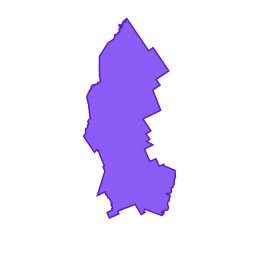 the district of Avellaneda, Santiago del Estero, Argentina, rotated 236°
{"feature_id": "61730980B47702997871145", "entity_name": "Avellaneda", "entity_type": "district", "adm_level": 2, "iso_a3": "ARG", "parent_name": "Argentina", "parent_adm1": "Santiago del Estero", "projection": "robinson", "projection_center": [-63.079, -28.545], "detail": "fine", "context": "isolated", "style": "filled", "palette": "violet", "viewbox_px": 256, "rotation_deg": 236, "n_neighbors": 0, "source": "geoboundaries", "source_scale": "gbopen_adm2", "svg_char_len": 5393}
<svg xmlns="http://www.w3.org/2000/svg" viewBox="0 0 256 256"><g transform="rotate(236 128 128)"><path d="M145.8,86.6L126.6,86.6L127.5,89.8L126.2,89.8L126.2,90.8L109.6,87.1L109.7,85.6L105.1,84.7L89.2,64.8L88.0,73.0L84.7,72.4L84.6,73.0L80.8,72.4L80.6,73.2L77.2,72.8L74.1,72.5L74.3,71.3L70.0,70.5L70.2,69.3L68.8,69.0L69.6,63.4L63.8,62.3L61.9,72.3L64.7,72.8L63.0,82.1L62.7,82.2L60.8,91.2L48.8,90.6L48.6,95.0L49.8,94.3L51.4,96.5L36.5,107.2L36.6,107.4L36.6,107.8L36.8,108.1L36.8,108.3L37.0,108.7L37.0,109.3L37.2,110.0L37.6,110.2L37.9,110.1L38.4,109.7L38.6,109.6L38.6,109.2L38.7,108.9L38.6,108.7L39.3,108.8L39.6,109.2L39.6,109.5L39.6,109.9L39.5,110.3L39.3,110.5L39.0,110.6L38.5,110.6L38.2,110.7L38.2,110.9L38.5,111.1L38.8,111.1L39.1,111.2L39.2,111.7L39.1,112.3L38.6,113.4L38.5,113.9L38.2,114.3L38.2,114.7L38.0,115.2L38.0,115.5L39.0,116.3L39.5,116.9L39.6,117.2L39.8,117.3L40.0,117.4L40.8,117.6L41.8,117.8L42.6,118.1L43.3,118.6L43.6,118.9L44.6,120.2L44.8,120.7L44.8,121.0L44.9,121.8L45.4,122.1L46.6,122.6L46.9,123.0L47.0,123.6L47.4,123.9L47.9,124.9L48.1,125.0L48.5,125.0L49.3,124.6L49.7,124.2L50.8,123.6L51.8,122.9L52.1,123.0L52.0,123.8L51.7,124.2L51.2,124.7L50.5,125.1L50.3,125.5L50.4,125.9L50.4,126.4L50.5,126.8L50.5,128.1L50.8,128.4L50.9,128.6L52.0,128.9L52.6,129.1L52.9,129.3L53.5,129.8L53.9,130.5L53.8,131.0L53.8,131.5L54.1,132.4L54.5,132.8L54.8,132.9L55.1,133.3L55.2,133.5L55.2,133.8L55.5,134.5L55.8,135.0L56.0,135.1L56.7,135.6L57.5,136.1L57.9,136.5L58.3,137.0L58.8,137.5L59.7,138.3L60.4,139.0L60.7,139.7L60.9,140.0L62.0,140.5L62.5,140.8L63.1,141.2L63.8,141.9L64.8,142.0L65.5,142.5L66.0,143.0L66.4,143.3L76.7,136.6L77.8,137.4L79.0,132.5L86.8,133.9L88.1,127.4L101.5,129.9L100.1,139.2L106.4,135.9L106.4,139.7L112.9,139.7L112.9,145.4L126.9,145.4L126.9,147.4L124.4,165.0L145.6,169.7L145.6,178.5L152.6,178.5L152.5,193.7L180.5,193.7L180.5,188.3L219.3,188.2L219.4,187.9L219.5,187.6L219.4,187.4L219.2,187.2L219.4,186.9L219.3,186.7L218.7,186.4L218.7,186.2L218.8,186.1L219.2,186.0L219.3,185.5L219.2,185.2L218.8,185.4L218.8,185.6L218.7,185.7L218.2,185.5L217.9,185.4L217.6,185.2L217.4,185.2L217.6,184.7L217.8,184.6L218.1,184.7L218.3,184.9L218.4,185.1L218.6,185.2L218.7,184.8L218.8,184.6L218.6,184.3L218.7,183.8L218.7,183.5L218.4,183.5L218.3,183.4L218.5,183.0L218.4,182.5L218.3,182.3L217.6,181.8L217.4,181.8L217.1,181.7L217.2,181.4L217.3,181.2L217.2,181.0L216.7,181.1L216.4,181.0L216.2,180.9L216.2,180.7L215.9,180.5L215.8,180.1L216.0,179.8L216.0,179.7L216.4,179.5L216.7,179.6L217.4,179.6L217.6,179.6L217.6,179.4L217.7,179.2L217.8,178.9L218.2,178.6L218.7,178.4L218.6,178.2L218.2,178.1L217.9,178.0L217.7,178.2L217.3,177.9L217.3,178.2L217.4,178.4L217.4,178.7L217.2,178.9L216.7,178.9L215.7,179.2L214.8,179.3L214.6,179.1L215.1,178.9L215.5,178.7L216.2,178.5L216.4,178.3L216.4,178.1L215.9,178.0L215.4,178.0L215.2,177.8L215.0,177.6L214.6,177.3L214.5,177.1L215.1,176.8L215.2,176.7L215.2,176.4L215.1,176.2L214.9,176.1L214.5,176.0L214.4,175.9L213.9,175.8L213.9,175.7L214.1,175.5L214.1,175.2L213.3,175.1L212.7,175.0L212.4,175.1L212.2,174.8L212.6,174.4L212.5,174.2L212.3,174.2L212.2,173.8L212.3,173.6L212.2,173.2L212.3,173.1L212.5,172.8L212.5,172.5L212.2,172.2L212.3,172.0L212.2,171.7L212.0,171.3L212.0,171.0L212.0,170.7L212.3,170.3L212.4,170.2L212.5,170.1L212.5,169.9L212.3,169.5L212.3,169.4L212.5,169.0L212.5,168.9L211.9,168.8L211.9,168.6L211.8,168.4L210.9,168.0L210.6,167.7L210.6,167.4L210.4,167.0L210.2,166.8L209.9,166.5L209.8,166.0L209.8,165.7L209.7,165.3L209.7,159.1L203.4,144.5L193.1,137.4L190.6,135.8L189.2,135.0L188.8,134.7L188.1,134.1L187.9,134.1L187.7,133.8L187.5,133.7L186.5,133.2L186.0,133.1L185.0,132.6L184.7,132.6L184.4,132.4L184.3,132.2L184.1,132.1L183.8,132.2L183.2,132.2L182.8,131.8L182.7,131.8L182.6,131.7L182.1,131.3L181.8,130.9L181.7,130.8L181.7,130.4L182.2,130.0L182.2,129.9L182.3,129.1L182.4,128.9L182.3,128.7L182.5,128.1L182.4,128.0L182.1,127.8L181.8,127.5L181.8,127.2L181.9,126.9L181.8,126.7L181.9,126.2L182.0,126.1L182.1,125.8L182.4,125.3L182.5,125.1L182.6,124.9L182.4,124.6L182.6,124.4L182.3,123.9L182.7,123.9L182.9,123.8L183.0,123.4L183.2,123.1L183.4,122.9L183.3,122.6L183.4,122.4L183.3,122.2L183.1,122.1L183.1,121.9L183.0,121.6L183.0,121.2L183.1,120.8L182.8,120.6L182.6,120.5L182.5,120.4L182.4,120.4L182.1,120.4L182.0,120.5L181.9,120.5L181.7,120.3L181.4,120.4L181.3,119.9L181.4,119.6L181.1,119.5L181.1,119.1L181.0,118.9L181.1,118.4L180.9,118.2L180.7,117.7L180.5,117.2L180.0,116.8L179.7,116.2L179.9,116.1L179.6,115.9L179.4,115.5L179.0,115.0L178.9,114.2L178.7,113.9L178.3,113.5L177.8,112.9L177.5,112.4L177.5,112.1L177.4,111.9L176.9,111.7L176.8,111.4L176.5,111.2L176.3,110.9L173.6,109.9L173.1,109.7L171.3,109.1L170.5,108.7L169.8,108.6L169.4,108.5L168.9,108.2L167.5,107.4L166.8,107.0L166.2,106.8L165.2,106.1L164.7,106.0L164.2,105.7L163.7,105.5L163.3,105.2L162.7,104.9L162.4,104.7L160.9,104.0L160.2,103.6L160.0,103.4L159.6,103.3L159.5,103.2L158.9,103.0L158.7,102.8L158.5,102.7L156.9,101.9L156.8,101.1L156.6,100.7L156.7,100.3L156.5,100.1L156.5,99.4L156.2,99.3L156.1,99.0L155.8,98.4L155.7,98.2L154.5,98.1L154.0,98.1L153.6,98.0L153.3,97.7L153.1,97.2L153.3,96.9L153.3,96.6L153.2,96.4L151.4,95.2L151.1,94.9L151.0,94.5L150.9,94.4L150.9,94.0L151.0,93.7L151.1,93.2L151.1,92.9L150.7,92.3L150.5,92.0L149.5,91.6L149.0,91.3L148.7,91.3L148.4,90.9L148.2,90.5L147.8,90.1L147.3,89.8L146.8,89.2L146.6,88.6L146.6,87.9L146.5,87.6L146.2,87.1L145.8,86.6Z" fill="#8b5cf6" stroke="#5b21b6" stroke-width="1.5"/></g></svg>